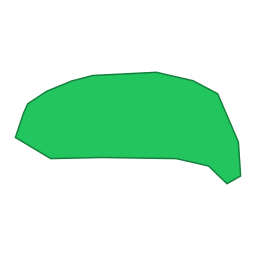 an SVG outline of Kingston
{"feature_id": "JAM-1377", "entity_name": "Kingston", "entity_type": "Parish", "adm_level": 1, "iso_a3": "JAM", "parent_name": "Jamaica", "parent_adm1": "", "projection": "orthographic", "projection_center": [-76.762, 17.975], "detail": "fine", "context": "isolated", "style": "filled", "palette": "green", "viewbox_px": 256, "rotation_deg": 0, "n_neighbors": 0, "source": "natural_earth", "source_scale": "10m", "svg_char_len": 335}
<svg xmlns="http://www.w3.org/2000/svg" viewBox="0 0 256 256"><path d="M227.0,183.7L221.1,178.1L208.6,166.0L176.2,158.6L101.5,157.5L50.7,158.6L15.4,137.5L23.5,113.2L27.8,103.7L47.0,91.1L71.6,81.0L92.7,75.5L156.5,72.3L193.2,80.8L217.7,93.8L238.4,142.1L240.6,176.0L227.0,183.7Z" fill="#22c55e" stroke="#15803d" stroke-width="1.5"/></svg>